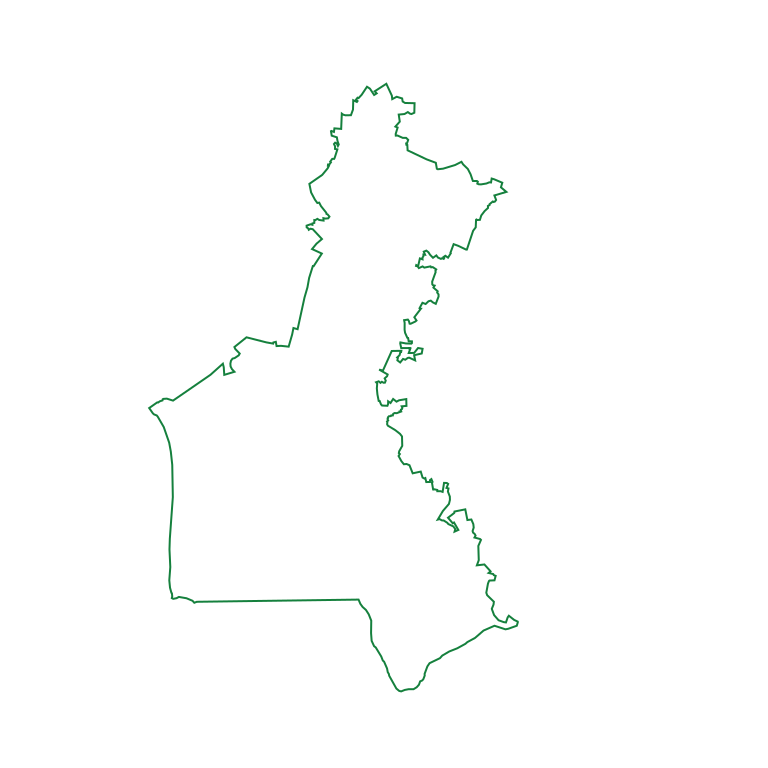 the district of Los Córdobas, Córdoba, Colombia, rotated 291°
{"feature_id": "7082276B12628358742837", "entity_name": "Los Córdobas", "entity_type": "district", "adm_level": 2, "iso_a3": "COL", "parent_name": "Colombia", "parent_adm1": "Córdoba", "projection": "albers", "projection_center": [-76.259, 8.823], "detail": "fine", "context": "isolated", "style": "outline", "palette": "green", "viewbox_px": 768, "rotation_deg": 291, "n_neighbors": 0, "source": "geoboundaries", "source_scale": "gbopen_adm2", "svg_char_len": 6166}
<svg xmlns="http://www.w3.org/2000/svg" viewBox="0 0 768 768"><g transform="rotate(291 384 384)"><path d="M544.1,242.6L536.7,247.3L531.3,253.5L529.1,256.9L530.1,258.5L527.5,261.4L523.2,268.7L522.2,269.3L522.1,270.6L520.7,273.1L518.7,272.6L517.4,270.0L517.1,268.0L514.9,269.0L513.9,264.7L514.3,262.6L512.3,261.1L512.1,260.2L509.4,261.2L508.2,259.6L507.0,260.1L506.8,258.2L504.1,255.0L502.5,255.7L502.1,257.5L501.0,258.5L502.6,259.7L503.0,262.0L497.1,274.1L490.8,270.7L484.2,268.5L483.5,279.2L468.8,276.1L468.6,275.3L456.2,276.1L446.8,277.9L436.2,278.8L404.2,283.7L403.8,279.4L397.4,280.5L384.7,281.6L382.7,274.1L380.9,270.1L384.6,267.9L383.1,265.8L382.0,266.0L380.7,259.3L378.3,238.9L364.9,231.1L363.4,232.6L360.7,238.4L358.7,238.1L354.7,235.3L353.4,233.5L350.9,232.8L347.9,233.3L345.4,234.5L343.4,236.7L341.8,240.0L335.3,231.6L342.2,228.4L345.2,226.3L330.4,218.7L292.9,193.0L292.5,186.5L291.1,183.5L290.5,182.9L289.3,183.1L287.5,180.9L285.7,179.7L285.6,178.9L277.4,173.4L273.8,178.7L273.2,180.2L273.2,183.1L272.4,184.5L264.9,193.8L252.2,204.5L244.5,209.2L232.6,215.3L202.7,227.4L162.8,239.5L152.7,243.0L136.5,250.1L123.8,253.9L117.2,257.2L112.8,260.4L112.6,261.0L109.9,262.4L108.1,262.6L107.9,264.2L109.7,267.1L111.7,268.8L113.2,276.4L113.0,282.9L111.8,285.3L113.6,287.3L173.6,437.5L170.3,440.7L168.2,443.9L166.6,448.1L163.5,452.3L158.5,456.9L146.8,461.2L139.8,464.5L135.7,468.7L135.1,470.7L128.6,479.1L125.4,482.0L124.8,483.6L119.5,488.8L116.3,490.8L115.1,492.4L113.5,493.4L104.1,504.7L102.9,508.2L103.2,510.2L105.8,513.0L107.8,516.2L109.7,521.0L112.6,523.2L115.8,524.4L119.3,524.3L120.9,525.9L122.5,526.5L126.4,526.5L127.9,525.8L135.9,525.7L139.7,526.6L148.1,534.5L151.3,535.7L157.7,540.8L163.5,547.1L170.6,553.1L172.9,554.3L179.6,560.0L189.5,565.3L197.9,573.8L198.5,585.3L200.0,587.7L205.9,594.6L209.6,594.3L210.1,594.0L210.4,590.0L212.4,583.6L210.4,583.1L205.1,583.3L204.6,581.1L204.5,575.6L207.7,569.6L212.7,565.2L217.3,565.3L220.1,564.6L223.8,556.0L225.8,554.3L234.9,552.6L237.6,552.6L238.3,552.9L240.3,557.5L244.9,557.0L244.9,555.0L245.7,554.1L245.1,549.4L247.3,550.6L251.5,542.4L248.0,535.7L253.5,535.6L266.6,530.1L273.2,530.4L273.7,529.3L273.1,523.5L275.3,523.8L276.5,522.4L277.2,520.4L278.5,519.4L282.1,519.2L285.2,517.6L288.8,514.1L286.9,510.6L296.1,504.8L290.2,495.5L288.8,495.8L282.1,491.7L278.6,498.1L279.8,499.0L274.4,505.7L271.5,502.8L274.1,502.5L275.9,499.8L276.3,494.2L277.1,492.9L278.0,488.6L277.4,487.0L277.8,484.3L276.7,482.8L286.6,484.5L295.3,487.6L299.4,487.1L302.5,485.8L306.5,482.2L309.6,481.6L309.4,479.6L313.7,479.7L314.1,478.1L313.2,475.5L304.3,477.4L304.2,475.3L303.0,472.2L304.2,471.7L303.6,467.9L302.4,468.1L309.3,464.0L310.0,464.4L312.2,462.3L310.8,461.4L309.0,462.0L307.6,458.6L311.0,456.3L310.2,455.6L310.5,453.5L315.4,449.7L310.9,442.8L317.3,436.9L317.4,433.7L316.2,431.3L318.2,427.9L322.0,423.4L324.3,423.9L324.8,422.6L326.7,422.3L332.8,423.2L341.5,419.6L343.2,416.8L345.0,410.9L346.5,402.5L347.6,401.3L349.3,400.9L350.1,400.2L351.4,401.0L352.6,399.8L353.6,400.0L354.2,399.6L355.6,400.1L356.5,401.9L357.3,402.0L357.8,403.5L359.5,403.3L360.7,404.3L361.3,406.3L364.2,409.6L364.4,408.9L364.9,409.5L366.1,409.0L366.9,409.7L368.3,409.7L369.5,408.5L371.6,412.8L377.9,410.2L374.2,403.9L372.0,402.0L373.3,397.9L368.6,396.9L369.3,394.1L366.8,395.0L364.9,395.0L363.2,389.9L363.9,388.5L366.6,386.0L366.3,385.1L371.9,381.6L377.3,378.9L382.0,377.5L382.8,376.0L384.6,378.1L383.8,380.3L385.3,381.2L385.0,383.1L385.6,384.4L387.8,384.4L389.5,382.6L392.4,384.1L394.2,384.0L395.7,374.3L396.2,378.2L417.6,379.4L421.2,388.3L420.1,388.5L420.0,387.8L416.5,388.2L413.5,386.8L413.3,387.6L410.9,388.0L409.9,391.4L414.2,392.8L414.3,395.2L416.8,396.8L417.6,398.0L417.2,404.6L421.7,401.8L426.0,408.3L430.7,407.4L429.8,402.9L423.8,401.0L421.8,396.0L426.5,395.9L426.2,395.2L426.8,395.1L423.7,387.2L427.7,384.6L428.7,384.4L429.7,389.9L431.5,395.1L432.2,395.4L433.8,394.8L432.8,391.7L435.6,390.0L435.5,389.2L439.4,385.3L442.0,383.8L448.4,381.4L450.8,379.9L452.7,383.2L451.7,384.7L449.5,386.3L449.8,387.3L453.6,390.9L454.9,391.6L457.2,388.4L467.4,391.4L467.1,390.5L467.4,390.0L473.6,390.8L473.6,394.2L477.2,395.9L478.6,397.8L477.7,400.4L477.4,403.6L485.2,403.6L487.2,402.8L488.4,400.9L489.8,400.9L491.7,395.6L494.0,396.0L493.8,394.3L494.3,393.4L496.8,392.3L507.0,392.1L508.1,391.4L509.7,391.7L510.6,387.6L509.8,386.2L510.5,385.3L507.1,379.9L507.6,377.9L504.7,375.0L505.9,373.3L505.7,371.6L506.6,371.5L506.5,372.6L507.1,373.5L514.1,372.5L514.2,375.3L515.7,374.6L517.3,375.0L519.0,374.4L519.4,376.0L521.8,373.7L523.7,375.7L522.9,378.3L521.2,380.6L519.4,384.5L522.8,386.8L521.4,389.0L521.2,392.3L522.2,393.1L522.2,394.9L523.3,395.1L523.9,394.1L525.7,395.3L524.9,398.5L530.0,399.5L530.3,399.0L539.5,398.9L539.6,403.6L538.9,412.5L539.2,413.2L559.0,412.3L563.1,413.5L570.3,411.1L570.7,411.3L570.5,412.2L571.6,414.7L576.2,414.4L581.6,416.0L585.6,418.0L587.5,417.2L588.8,418.4L589.7,418.1L593.4,420.2L593.2,421.1L594.1,422.2L596.0,422.7L599.6,419.5L607.2,429.4L609.5,422.7L614.3,422.3L614.6,413.4L614.4,410.9L610.5,411.7L610.0,410.0L607.9,407.8L605.1,403.0L604.4,400.8L604.5,399.3L606.5,399.1L606.8,398.0L605.4,394.2L610.8,389.7L614.8,385.2L617.4,379.1L619.2,376.7L613.9,371.9L606.2,362.0L603.8,357.3L603.9,356.2L609.1,353.1L609.0,343.3L610.6,322.3L615.5,320.1L615.3,319.2L616.5,318.5L616.9,319.2L620.6,319.1L621.7,316.5L620.5,313.3L620.8,307.6L620.1,306.0L621.6,305.3L628.3,304.8L628.4,302.4L634.6,304.7L640.8,301.2L643.4,306.4L646.4,308.8L645.7,311.4L645.9,312.9L648.1,315.1L657.1,311.9L653.9,302.9L654.4,300.2L657.1,298.6L656.7,292.9L652.9,289.6L656.0,288.0L665.1,278.6L653.9,270.4L652.7,273.0L650.3,271.2L654.7,265.0L655.4,261.6L646.0,259.5L641.8,257.8L641.8,256.7L639.6,256.0L638.7,257.9L637.6,257.6L637.9,253.6L629.1,256.7L623.1,256.8L621.1,251.9L620.8,249.5L621.3,247.7L606.8,252.6L604.9,246.1L601.4,246.9L601.4,244.2L601.0,243.9L597.1,246.2L597.4,251.6L594.2,253.5L591.4,255.9L589.7,255.7L591.7,253.7L591.8,251.9L590.1,251.3L588.3,253.2L585.9,254.0L586.3,256.4L577.5,256.9L576.3,256.8L575.6,255.0L572.3,254.1L571.9,255.0L569.4,254.3L568.9,253.1L567.6,253.4L567.7,254.4L565.1,254.1L557.1,251.4L544.1,242.6Z" fill="none" stroke="#15803d" stroke-width="2"/></g></svg>